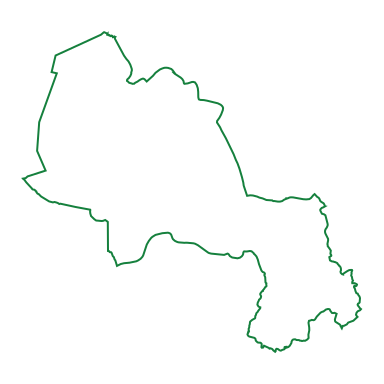 Yatenga, Yatenga, Burkina Faso
{"feature_id": "67063806B65280418727437", "entity_name": "Yatenga", "entity_type": "district", "adm_level": 2, "iso_a3": "BFA", "parent_name": "Burkina Faso", "parent_adm1": "Yatenga", "projection": "albers", "projection_center": [-2.148, 13.581], "detail": "fine", "context": "isolated", "style": "outline", "palette": "green", "viewbox_px": 384, "rotation_deg": 0, "n_neighbors": 0, "source": "geoboundaries", "source_scale": "gbopen_adm2", "svg_char_len": 6004}
<svg xmlns="http://www.w3.org/2000/svg" viewBox="0 0 384 384"><path d="M103.8,32.3L101.0,34.7L55.6,55.5L51.6,72.1L56.8,73.3L39.2,122.2L37.1,150.9L45.6,170.6L27.6,176.4L25.7,178.1L23.0,178.6L23.5,179.2L24.1,179.4L26.3,182.4L32.0,188.6L32.3,189.2L32.9,189.5L34.3,189.7L35.5,190.6L35.6,191.0L36.4,191.5L36.4,192.2L37.6,193.7L38.6,194.0L41.1,196.5L49.1,201.4L52.9,202.4L54.5,202.0L56.4,202.5L57.8,203.0L59.3,204.0L60.4,203.7L75.6,207.0L90.2,209.7L90.3,210.0L90.1,211.6L90.3,213.5L91.1,216.1L94.2,219.1L96.1,220.5L101.6,221.0L102.9,220.9L105.2,220.0L107.5,221.6L107.8,221.9L108.0,251.0L109.3,251.3L109.7,252.1L111.2,252.3L111.6,252.8L112.8,256.1L113.9,257.2L114.6,259.5L115.3,260.3L117.0,265.9L120.8,264.0L124.1,263.2L129.5,262.7L136.3,261.3L138.0,260.5L140.6,258.8L142.4,256.8L143.2,255.4L146.8,244.5L148.8,241.0L151.1,238.0L152.3,236.9L155.5,234.9L162.3,233.2L167.8,232.7L168.8,232.9L170.3,233.6L171.2,234.7L172.4,238.1L173.0,239.2L174.8,240.8L176.8,241.8L178.3,242.3L180.4,242.5L184.3,242.8L186.7,242.7L193.4,243.3L195.0,243.7L197.9,245.2L208.0,252.5L208.9,253.0L211.1,253.6L224.1,254.9L227.5,253.6L227.9,253.7L228.7,254.3L229.9,256.1L232.2,257.5L237.5,258.3L239.9,257.7L241.8,256.3L242.7,255.1L243.1,254.2L243.4,252.3L244.1,251.4L246.7,251.5L249.9,251.0L251.6,251.3L253.8,253.3L254.0,253.9L254.7,254.4L256.5,256.5L257.8,259.6L259.0,264.1L261.3,270.2L261.7,270.9L262.7,272.0L263.9,272.4L264.7,273.2L264.9,273.8L264.7,274.4L264.4,274.7L264.4,275.3L265.2,277.2L265.5,282.3L265.7,282.7L266.4,283.3L266.2,283.9L266.5,286.0L266.2,286.5L265.5,286.8L264.1,288.9L263.0,290.2L263.0,290.9L262.1,291.2L260.5,293.3L260.2,294.0L260.3,294.6L261.1,296.2L261.0,297.1L260.5,298.4L259.9,299.0L259.1,299.6L258.7,300.8L257.8,302.5L257.4,304.7L258.4,306.4L259.5,307.1L260.3,307.3L260.3,307.8L260.2,308.3L258.1,311.0L257.6,312.0L256.6,312.9L256.2,313.7L256.0,314.8L255.3,316.0L255.2,317.9L254.9,318.4L252.3,319.8L250.3,321.5L250.0,322.0L249.8,324.1L249.3,325.7L249.3,327.2L248.6,329.0L249.0,331.3L248.0,333.2L247.9,333.0L247.5,334.4L247.8,335.2L248.5,336.1L249.4,336.6L254.2,337.8L255.1,338.4L255.5,339.0L255.7,340.3L256.1,341.0L257.6,342.4L258.3,342.6L260.3,342.7L260.9,343.0L261.6,343.8L261.7,344.9L261.4,347.1L261.8,347.7L263.0,347.6L263.6,346.7L263.7,346.1L264.0,345.7L269.0,348.0L269.5,348.7L269.8,348.7L270.5,348.3L272.0,348.9L272.6,349.4L273.2,350.3L275.1,351.8L275.7,351.1L275.7,350.0L275.9,349.4L276.6,348.8L277.8,349.0L279.5,350.2L280.4,350.6L281.0,350.6L282.0,350.0L284.4,349.2L284.7,348.3L284.5,347.3L284.8,347.0L286.4,346.8L286.4,347.7L288.4,347.0L289.8,345.7L291.4,343.0L291.6,341.5L292.3,340.2L293.2,339.5L294.8,339.3L295.5,339.4L296.4,340.0L299.0,340.1L300.0,340.7L301.1,340.7L301.8,341.0L302.9,340.9L303.8,340.6L305.0,340.8L306.3,340.1L307.4,339.4L308.6,338.0L308.4,334.7L309.3,330.2L309.2,327.4L308.5,322.8L309.0,320.8L310.6,320.4L311.7,319.9L313.6,320.2L314.4,319.9L315.1,319.3L316.8,316.6L320.6,312.6L322.4,311.7L323.4,311.5L326.0,309.5L327.9,309.0L329.1,309.1L329.8,309.5L330.2,310.6L331.9,312.9L333.1,313.1L334.5,312.8L336.6,313.8L334.9,319.4L335.1,321.2L335.5,321.8L339.8,324.5L340.6,325.6L340.7,326.5L341.5,327.3L341.6,328.1L341.8,328.4L342.4,326.9L342.4,326.2L342.7,325.9L344.0,325.8L346.8,324.4L348.2,322.6L353.4,320.7L357.5,316.9L356.9,316.3L356.0,314.8L356.5,312.8L357.7,311.3L360.1,310.2L361.0,309.1L359.8,308.1L358.9,306.7L358.1,305.8L357.6,304.8L358.0,303.7L358.8,303.3L359.6,302.5L360.0,298.3L359.8,297.4L359.4,296.3L358.5,295.3L357.7,293.6L356.4,293.2L355.5,291.1L354.9,288.7L354.1,287.4L354.0,286.6L354.4,285.8L355.5,286.2L356.1,286.0L356.6,285.6L357.0,284.6L356.7,284.2L354.7,283.2L352.3,283.2L352.2,282.1L353.0,280.5L352.4,279.6L351.9,276.8L351.2,275.6L351.6,273.6L351.5,272.3L352.2,270.4L352.0,270.0L351.2,269.9L349.2,270.1L347.3,271.1L344.2,273.1L343.2,274.0L342.7,274.1L342.8,274.4L342.1,274.2L340.8,272.9L340.6,272.2L340.5,271.5L341.0,270.3L340.9,268.5L340.5,267.2L339.6,266.0L338.9,265.6L338.6,264.8L337.8,264.2L337.4,263.3L336.9,262.9L334.9,262.0L334.3,262.0L333.6,261.6L331.9,261.4L330.0,260.4L329.3,257.1L331.2,255.9L331.3,255.6L331.2,255.0L330.4,253.8L330.8,250.6L329.6,248.7L327.7,246.1L327.7,245.0L327.4,244.1L328.1,240.5L328.1,238.9L325.4,233.5L325.0,232.0L325.1,230.5L325.6,229.2L326.8,227.5L327.6,225.6L327.7,224.5L327.5,223.4L325.4,215.3L324.0,214.3L321.9,213.7L320.5,211.0L320.2,210.0L320.7,209.0L321.8,207.9L323.4,207.3L325.1,206.3L324.7,206.2L324.6,205.2L324.1,204.1L323.6,203.3L321.3,201.9L320.5,201.2L320.1,200.6L319.5,199.0L318.6,197.7L317.3,197.0L314.6,194.1L313.4,195.1L311.0,198.0L309.3,199.1L306.1,199.4L303.2,199.2L293.1,197.4L291.0,197.3L289.6,197.5L287.5,198.4L286.3,198.3L286.3,198.8L284.3,199.6L282.1,201.1L280.0,201.6L277.9,201.6L274.1,201.0L273.6,201.1L272.6,200.8L272.2,200.4L266.4,200.0L262.6,198.4L259.4,197.6L257.2,196.6L253.0,195.5L250.3,195.3L247.1,195.8L243.7,185.6L243.3,182.6L242.0,177.3L239.5,168.8L237.5,163.3L235.9,160.0L233.6,154.2L225.9,138.3L221.5,130.4L220.1,127.3L217.0,122.5L217.1,121.0L219.4,117.8L221.1,114.6L222.8,110.2L223.1,108.0L222.6,106.7L221.9,105.8L220.8,104.8L217.8,103.3L207.1,100.7L204.0,100.1L200.3,99.9L198.9,99.4L198.6,98.6L198.3,97.2L198.2,91.9L197.8,88.2L196.6,84.7L195.0,82.4L193.3,81.9L191.9,82.0L187.7,83.4L184.4,83.8L183.9,83.2L183.5,81.0L182.3,79.1L180.7,77.6L174.7,73.7L173.8,72.8L174.5,72.8L173.7,71.7L172.7,70.3L171.3,69.0L168.1,67.9L166.2,67.7L164.3,67.8L162.2,68.5L159.9,69.5L155.5,72.8L153.0,75.8L146.7,81.5L144.5,79.2L143.5,78.7L142.5,78.7L141.0,79.3L139.4,80.2L137.5,81.6L135.1,82.8L134.2,83.7L132.3,83.8L131.8,83.5L129.2,82.8L127.7,81.3L127.0,80.9L127.0,80.1L127.5,79.2L128.9,78.0L130.4,75.8L131.1,74.1L131.3,73.2L131.2,72.7L131.9,70.2L131.7,68.7L130.3,64.7L128.5,61.4L126.4,59.0L124.0,55.6L115.0,38.9L114.8,37.2L115.2,36.9L114.4,36.5L114.1,37.1L113.0,37.2L113.0,36.7L112.4,36.4L112.1,35.8L111.5,35.6L110.9,36.1L110.4,36.1L110.0,35.7L109.4,35.5L109.4,35.1L108.9,34.9L108.2,35.1L107.6,34.8L107.6,33.6L107.1,34.1L107.0,33.6L106.4,33.2L104.2,32.2L103.8,32.3Z" fill="none" stroke="#15803d" stroke-width="2"/></svg>